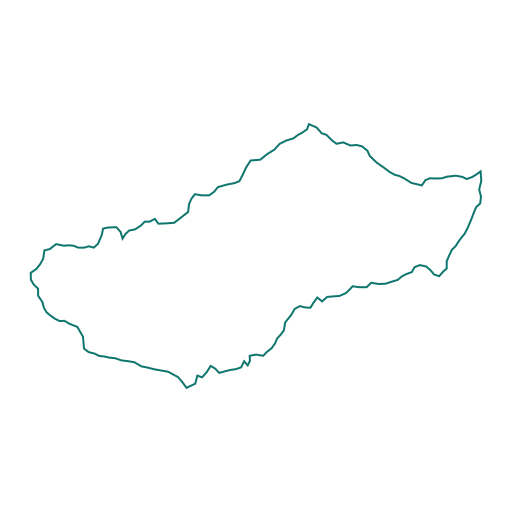 Paulistânia, São Paulo, Brazil (Natural Earth projection)
{"feature_id": "56859067B21120338583283", "entity_name": "Paulistânia", "entity_type": "district", "adm_level": 2, "iso_a3": "BRA", "parent_name": "Brazil", "parent_adm1": "São Paulo", "projection": "natural_earth1", "projection_center": [-49.301, -22.568], "detail": "fine", "context": "isolated", "style": "outline", "palette": "teal", "viewbox_px": 512, "rotation_deg": 0, "n_neighbors": 0, "source": "geoboundaries", "source_scale": "gbopen_adm2", "svg_char_len": 2362}
<svg xmlns="http://www.w3.org/2000/svg" viewBox="0 0 512 512"><path d="M480.6,171.4L476.2,174.6L472.0,177.1L466.7,179.0L462.3,176.9L455.9,175.7L446.7,176.7L442.0,178.3L435.0,178.5L429.7,178.3L425.5,180.1L421.8,185.4L411.3,182.9L404.4,178.5L399.3,176.0L394.8,174.8L389.8,172.1L383.7,167.5L376.8,162.7L369.8,156.0L367.4,150.7L362.1,146.4L356.7,145.0L350.5,145.5L343.1,142.4L336.5,143.8L331.9,140.3L326.4,134.8L321.7,133.3L316.6,127.5L308.9,124.2L307.1,129.2L302.0,132.8L297.8,135.0L293.6,138.3L286.4,140.5L279.7,143.8L274.3,149.7L267.4,153.9L260.3,159.7L250.6,160.5L246.0,167.7L242.8,174.6L239.4,181.2L234.2,183.2L227.2,184.5L217.9,187.1L214.2,191.7L209.3,195.3L201.3,195.3L194.9,194.2L191.4,198.8L189.1,203.9L188.1,212.0L174.2,222.8L165.7,223.4L158.4,223.7L154.9,218.9L149.4,221.7L144.7,221.7L140.8,225.6L135.0,229.4L129.2,230.5L125.4,234.1L122.6,238.6L120.6,232.0L116.3,227.2L108.0,227.5L103.1,228.6L101.7,235.2L98.0,243.8L93.8,247.6L88.7,246.3L84.0,247.7L78.0,247.6L73.8,245.8L69.4,245.3L63.7,245.7L56.2,244.1L49.7,249.1L44.4,250.4L43.2,258.7L40.4,263.8L36.5,268.8L30.7,272.9L30.9,279.8L33.7,284.5L38.1,288.7L38.1,295.7L42.5,302.2L43.9,307.8L46.7,312.5L50.4,315.5L54.5,318.5L59.7,321.1L64.4,320.8L69.5,323.8L77.3,326.9L83.0,336.7L84.0,348.5L88.6,352.1L94.3,353.5L99.4,356.0L104.3,356.5L109.2,357.6L115.0,358.2L121.5,360.4L128.9,361.3L134.5,362.3L141.4,366.4L146.9,367.4L154.3,369.3L168.1,371.7L172.8,374.3L177.9,377.0L182.1,381.8L186.5,387.8L195.2,383.7L197.4,375.6L202.1,377.3L206.8,372.0L210.7,365.9L215.3,368.7L219.2,372.9L225.3,371.2L230.6,369.9L235.7,369.2L241.1,367.4L244.1,361.3L247.7,365.4L249.9,361.0L249.7,355.8L256.2,354.6L263.2,355.8L266.7,352.1L271.6,348.2L275.0,343.5L277.1,338.5L280.9,334.4L283.9,330.3L285.2,322.4L291.3,314.8L294.7,308.9L299.9,306.1L305.5,307.5L310.4,307.7L313.4,302.9L317.3,297.5L322.1,301.4L327.2,296.9L332.1,296.5L339.6,295.9L345.9,293.1L349.4,289.8L352.6,286.3L359.3,287.2L366.6,287.2L371.2,282.8L378.8,284.0L385.6,283.7L391.7,281.7L397.7,279.9L401.9,276.4L406.5,274.0L411.8,272.1L414.6,267.1L419.9,265.1L426.2,266.5L430.7,270.4L434.1,274.5L439.2,276.2L443.0,271.8L446.7,268.5L446.7,261.2L449.4,255.0L452.0,249.6L455.5,246.3L458.5,241.6L461.5,237.5L464.6,233.8L467.6,228.0L471.6,218.6L474.1,211.9L476.2,207.1L480.2,203.4L481.0,196.7L479.2,189.5L481.3,180.7L480.6,171.4Z" fill="none" stroke="#0f766e" stroke-width="2"/></svg>